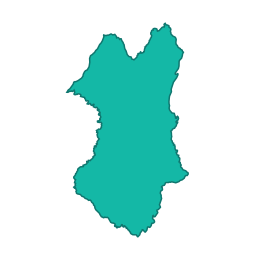 Suárez, Cauca, Colombia, rotated 5°
{"feature_id": "7082276B17294841242383", "entity_name": "Suárez", "entity_type": "district", "adm_level": 2, "iso_a3": "COL", "parent_name": "Colombia", "parent_adm1": "Cauca", "projection": "equal_earth", "projection_center": [-76.756, 2.939], "detail": "fine", "context": "isolated", "style": "filled", "palette": "teal", "viewbox_px": 256, "rotation_deg": 5, "n_neighbors": 0, "source": "geoboundaries", "source_scale": "gbopen_adm2", "svg_char_len": 5809}
<svg xmlns="http://www.w3.org/2000/svg" viewBox="0 0 256 256"><g transform="rotate(5 128 128)"><path d="M95.7,37.5L95.7,38.3L96.1,39.0L94.8,43.6L93.7,45.8L92.5,47.3L90.7,51.9L89.1,53.6L88.0,55.9L87.0,56.6L86.3,57.7L84.4,59.2L83.7,62.0L84.2,65.9L83.9,70.3L82.4,73.6L80.6,74.7L79.8,75.8L78.8,78.3L78.6,80.3L77.4,82.4L73.9,85.3L72.0,86.4L71.0,86.5L70.0,87.1L69.6,89.1L66.7,94.0L65.2,95.3L64.0,97.7L65.0,97.7L66.9,96.4L68.0,96.5L68.8,96.0L69.6,96.4L70.7,95.6L71.0,95.0L71.5,95.9L71.8,97.2L71.3,98.5L71.4,99.2L72.0,99.4L73.2,99.3L73.9,98.8L74.6,98.9L75.2,98.3L77.0,98.4L78.1,99.0L78.2,99.7L78.0,100.7L82.1,101.4L82.4,102.5L83.2,103.1L83.5,104.4L84.3,104.7L85.3,104.3L86.2,104.6L86.1,106.1L85.2,107.1L85.2,107.5L86.6,107.7L88.1,106.9L88.8,107.5L88.9,108.1L89.9,108.6L90.5,108.4L91.4,107.4L92.0,107.5L91.9,108.2L91.6,108.8L91.6,109.8L93.7,110.6L94.8,110.1L95.4,110.3L95.9,111.0L95.9,112.1L96.6,111.8L97.3,112.0L96.5,113.2L97.7,113.6L97.9,114.2L98.7,114.8L98.1,115.6L98.7,115.9L98.8,116.2L97.6,116.6L97.5,117.2L98.1,117.8L99.0,117.6L100.0,119.5L99.1,121.2L99.1,121.8L99.6,121.7L99.7,122.1L98.8,123.2L97.0,123.7L97.0,124.5L97.7,125.0L98.1,124.7L99.4,125.0L100.5,124.6L101.5,125.7L101.1,126.8L101.6,127.6L101.3,128.7L101.5,129.8L100.9,130.4L100.7,131.3L99.7,131.8L98.7,131.7L98.6,132.1L96.8,133.2L97.3,133.9L97.2,135.0L98.2,134.9L98.1,136.7L97.8,137.1L98.1,137.8L98.0,138.5L98.5,138.9L98.6,139.8L100.3,141.4L99.7,141.9L99.4,142.9L98.4,144.1L98.6,145.0L98.4,145.7L98.7,146.3L98.0,146.4L98.4,147.2L97.3,148.5L97.9,149.2L97.8,149.5L97.3,149.5L96.9,148.8L96.2,148.9L96.0,150.2L96.4,151.0L95.7,151.5L96.0,152.5L95.7,153.4L95.7,154.3L96.8,155.4L96.9,155.9L96.6,155.9L96.6,156.6L97.4,156.9L97.6,157.9L95.7,159.6L96.1,160.3L95.6,160.7L95.3,161.5L93.9,162.7L93.4,163.7L91.4,163.7L91.2,165.3L90.1,164.8L89.8,164.9L90.2,166.8L89.8,167.5L86.5,169.1L86.9,169.9L86.9,170.3L83.9,170.9L81.8,172.9L81.5,173.7L81.7,174.2L81.6,174.8L80.9,175.9L80.3,177.9L79.8,178.1L79.6,179.6L78.3,181.4L78.3,182.5L79.0,182.8L79.2,183.5L80.3,184.1L79.9,185.0L79.5,187.2L80.6,187.7L80.3,189.1L80.7,190.0L79.1,191.7L80.0,192.6L80.9,192.1L81.7,194.1L82.2,194.6L81.7,195.9L82.3,196.8L82.4,197.5L83.3,198.0L86.4,198.4L88.1,200.1L89.8,200.4L91.5,201.9L93.1,202.2L95.2,203.5L96.5,203.1L97.2,203.4L98.3,205.1L100.0,206.3L100.4,207.7L101.6,208.7L102.0,210.5L103.0,212.2L107.0,215.5L107.7,216.8L109.3,218.8L110.2,218.9L111.2,219.5L111.8,219.5L112.6,218.8L113.9,219.1L115.2,218.8L116.2,219.3L119.0,223.4L120.4,224.0L121.8,224.0L123.3,224.6L123.6,225.4L123.2,226.3L123.3,227.0L123.7,227.2L124.1,226.8L124.7,226.8L125.1,227.9L125.6,228.4L126.0,228.3L126.5,227.2L127.6,227.7L128.8,227.1L129.7,226.2L130.0,225.0L130.3,224.8L130.7,224.9L131.5,226.6L132.0,227.0L132.5,226.9L132.5,226.0L132.9,225.7L133.8,226.2L134.1,226.8L134.9,227.1L135.1,228.1L135.9,227.9L137.1,229.6L138.0,229.9L138.6,231.1L139.5,231.6L139.7,232.5L140.3,233.1L142.1,233.9L145.5,233.7L146.9,235.4L147.3,235.5L149.0,233.4L149.4,231.4L150.8,229.3L151.1,228.1L152.0,228.3L153.6,230.0L154.4,230.1L155.7,228.1L156.1,225.1L156.7,224.7L158.1,225.1L158.8,224.7L159.6,223.2L160.0,220.9L161.8,220.4L162.6,219.3L162.5,218.5L161.9,217.4L160.4,216.2L160.3,213.5L160.7,213.0L161.7,214.2L162.7,213.9L165.0,209.8L164.9,209.2L164.1,208.2L164.0,207.3L165.4,206.5L167.2,204.2L167.0,203.4L166.0,201.8L167.6,195.3L167.0,193.5L166.9,192.1L165.8,190.1L166.1,188.0L167.5,186.9L167.7,186.3L167.3,184.4L166.5,183.8L166.7,183.4L167.9,182.3L169.2,181.8L169.7,180.9L170.0,179.5L170.7,179.0L173.1,178.8L173.8,178.3L175.2,178.3L176.3,177.8L180.4,178.4L183.5,176.9L184.5,175.7L186.5,174.9L188.4,173.1L189.0,171.2L189.8,170.3L191.2,170.1L192.0,168.5L191.6,167.2L190.7,166.9L189.3,165.6L186.4,164.8L185.1,163.0L183.9,162.2L183.7,160.9L184.1,160.7L184.2,160.3L183.2,158.9L183.0,157.7L181.8,157.3L182.3,155.5L182.2,153.6L180.7,152.4L180.9,150.8L179.2,150.4L178.1,148.0L179.2,147.5L179.2,146.1L178.8,145.8L177.8,146.1L177.4,145.7L176.6,144.4L176.5,142.4L175.9,140.8L174.9,141.0L174.7,139.2L173.8,139.0L173.5,138.5L173.2,137.2L172.1,135.9L172.0,135.0L172.3,132.4L172.0,131.8L171.6,128.9L170.9,127.4L171.8,126.8L172.4,125.3L173.7,124.4L174.4,124.2L174.8,123.2L175.9,121.6L176.0,120.2L176.9,118.6L177.0,117.8L176.6,117.6L175.5,118.2L175.3,117.5L176.1,116.4L177.1,115.7L177.5,114.1L177.0,112.7L176.2,112.0L175.9,112.3L175.3,114.1L174.5,114.0L174.3,112.6L173.7,111.7L172.8,109.4L170.5,109.2L168.4,107.1L167.7,106.2L167.5,105.2L167.2,104.7L167.4,102.1L166.8,100.3L166.5,98.0L166.5,94.3L166.6,92.6L168.1,88.1L167.7,86.0L167.8,84.9L169.3,78.4L172.1,73.6L173.1,70.7L173.1,69.8L172.7,69.5L171.5,70.3L170.7,70.4L170.4,70.1L170.3,69.1L173.0,64.4L173.4,61.8L173.1,57.0L173.9,55.4L175.2,54.0L175.8,51.4L175.9,49.4L176.6,47.7L175.5,46.8L175.3,46.0L174.6,45.3L173.9,45.3L173.3,44.9L173.1,44.3L171.0,43.4L169.9,41.5L168.7,40.5L168.2,38.5L168.3,35.6L167.9,34.6L167.2,33.5L164.5,32.4L162.5,30.4L162.3,29.0L161.8,28.2L162.1,26.1L161.6,24.9L160.1,24.0L159.9,22.7L158.5,22.0L157.3,22.0L156.7,21.6L155.9,20.5L155.1,21.2L154.9,21.9L155.5,23.1L155.3,24.2L154.4,24.2L153.2,24.8L150.5,28.3L148.9,28.9L148.1,26.9L147.1,26.5L145.5,26.5L144.5,27.0L144.5,28.2L144.0,28.1L143.3,28.7L142.9,29.6L143.0,30.4L142.4,31.2L142.5,32.4L143.5,33.6L143.3,35.8L142.6,36.6L142.4,38.1L141.6,38.9L141.7,39.9L140.7,42.5L139.2,43.9L139.2,44.4L138.8,44.6L138.6,45.3L137.9,45.8L138.2,46.0L137.6,47.9L137.5,50.4L137.0,50.6L136.9,51.3L135.2,52.2L134.6,52.1L134.3,51.3L133.8,51.1L133.3,52.5L131.5,53.0L131.4,53.4L131.7,54.2L130.8,54.9L130.7,56.6L128.0,59.6L127.0,59.1L126.0,59.2L124.9,57.0L122.6,56.7L120.8,54.9L119.4,51.5L117.8,49.1L116.8,45.3L115.9,44.1L115.7,43.3L114.0,41.2L113.5,39.8L112.5,39.8L111.9,40.4L111.2,39.3L110.1,38.7L108.8,39.2L108.4,37.7L106.7,35.9L104.8,36.6L102.9,35.8L100.3,37.3L99.2,37.3L98.1,37.9L95.7,37.5Z" fill="#14b8a6" stroke="#0f766e" stroke-width="1.5"/></g></svg>